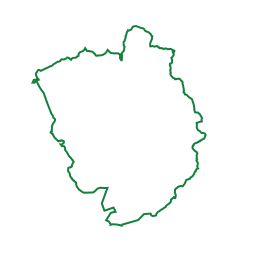 Asikuma-odoben-brakwa, Central, Ghana (Albers equal-area conic projection), rotated 247°
{"feature_id": "2480657B2595733520620", "entity_name": "Asikuma-odoben-brakwa", "entity_type": "district", "adm_level": 2, "iso_a3": "GHA", "parent_name": "Ghana", "parent_adm1": "Central", "projection": "albers", "projection_center": [-1.016, 5.627], "detail": "fine", "context": "isolated", "style": "outline", "palette": "green", "viewbox_px": 256, "rotation_deg": 247, "n_neighbors": 0, "source": "geoboundaries", "source_scale": "gbopen_adm2", "svg_char_len": 5795}
<svg xmlns="http://www.w3.org/2000/svg" viewBox="0 0 256 256"><g transform="rotate(247 128 128)"><path d="M203.1,186.2L203.4,185.9L204.1,185.6L205.9,185.5L206.3,185.1L207.7,184.6L208.7,183.7L209.5,182.8L210.9,181.7L211.4,181.6L212.6,181.5L213.4,181.2L214.1,180.5L215.5,178.5L217.1,177.0L218.5,175.4L218.9,174.5L219.4,172.4L219.2,171.8L217.8,169.9L217.4,169.5L217.4,168.4L217.3,167.0L217.4,165.8L217.6,165.8L216.5,164.3L213.9,162.3L213.3,161.5L213.1,161.6L211.9,161.0L209.5,158.8L209.0,157.7L208.1,157.1L206.6,156.7L205.6,156.3L203.9,156.6L203.1,155.7L201.4,154.9L200.7,154.3L199.8,152.4L199.1,151.3L197.1,150.8L192.8,148.7L192.9,148.3L195.1,147.9L196.0,148.1L196.8,148.6L198.6,149.2L198.9,149.5L199.9,148.4L200.5,148.1L200.9,147.5L201.1,146.9L201.5,146.1L201.7,145.1L202.6,143.6L203.6,141.7L204.4,141.1L207.8,139.8L206.0,137.2L205.6,136.2L205.2,133.8L205.4,131.7L206.7,128.1L206.6,127.6L207.3,126.7L209.3,126.4L210.6,125.6L211.8,125.3L212.2,125.0L213.1,123.4L214.1,122.3L214.7,120.6L214.9,120.4L218.2,119.8L217.0,118.4L217.1,118.1L217.0,117.6L216.4,116.6L216.5,113.1L216.0,112.2L215.6,111.6L213.7,110.6L213.8,109.2L213.1,108.3L213.2,107.3L214.0,104.7L213.7,102.8L213.1,102.2L214.0,101.6L214.9,101.4L216.0,100.6L216.3,100.2L216.6,99.6L216.2,98.5L216.1,95.8L217.2,93.5L217.0,92.9L216.1,91.6L216.0,90.8L216.2,89.8L216.5,89.3L215.7,84.0L215.2,83.0L215.0,82.1L215.0,81.1L215.2,80.8L215.0,77.8L214.7,70.0L215.8,69.3L216.4,68.4L216.2,67.5L215.1,66.1L214.7,65.2L214.3,64.7L213.6,64.3L211.7,63.9L210.5,64.1L209.6,63.8L208.3,64.6L207.3,64.7L207.5,63.6L208.0,62.5L208.3,62.2L208.8,61.3L209.1,60.1L208.6,59.7L207.1,57.9L206.3,59.6L206.3,60.0L206.9,61.2L207.0,61.9L206.4,62.2L199.9,62.6L196.6,63.2L193.0,64.1L182.3,63.4L171.8,63.1L171.1,63.1L168.5,63.6L166.8,63.3L165.2,64.1L164.5,64.2L164.0,64.1L162.6,62.9L161.3,60.5L160.3,59.7L159.5,58.7L155.8,57.1L155.5,56.8L154.5,56.5L154.4,55.9L154.6,55.5L154.1,55.1L153.4,55.6L153.0,55.4L152.9,55.4L152.7,55.7L152.4,55.8L152.1,56.3L151.7,56.5L150.4,56.3L149.0,56.6L148.4,56.5L146.1,57.4L144.9,58.0L143.2,58.5L142.8,59.0L143.0,59.9L142.4,60.8L142.8,61.5L142.8,61.8L141.8,63.0L141.1,63.4L140.9,63.7L139.8,63.4L139.4,63.0L138.7,60.6L139.2,59.6L137.3,60.1L136.2,62.0L135.0,62.3L133.7,62.1L132.7,61.6L132.2,61.5L130.0,62.2L124.8,62.8L122.7,63.8L120.6,64.1L120.5,64.3L120.0,64.6L119.6,64.7L118.8,64.5L118.0,64.7L116.7,62.9L115.2,61.4L114.7,61.4L114.3,60.7L114.4,60.1L114.2,59.4L114.6,58.8L114.6,58.3L114.5,57.4L112.4,56.2L110.8,56.1L109.8,56.5L109.3,56.5L107.7,56.4L106.8,56.0L104.5,56.2L103.2,56.9L102.6,56.6L102.3,56.7L101.6,57.1L101.1,57.2L100.7,57.8L99.8,57.8L99.1,58.4L97.9,58.9L97.3,58.7L96.8,58.3L93.8,58.0L90.3,58.9L85.8,61.8L82.9,69.1L82.3,71.0L83.0,73.6L83.6,74.8L84.0,76.0L84.1,76.6L84.0,78.0L83.8,79.2L81.5,83.9L80.9,85.7L68.8,74.4L61.1,74.0L60.4,83.6L55.7,83.8L56.3,81.2L56.6,78.9L51.6,71.8L49.5,73.8L46.3,74.5L45.7,74.1L45.5,76.0L44.1,78.9L43.0,80.9L42.6,81.2L42.0,82.5L41.2,83.1L40.5,84.0L41.0,85.2L41.3,85.2L39.3,101.3L42.5,109.2L40.4,115.3L39.9,115.4L38.5,115.3L38.2,115.5L37.3,116.4L37.1,116.7L37.0,117.9L36.6,119.1L36.6,119.8L37.7,120.4L38.4,121.6L38.9,122.3L39.4,125.1L39.7,125.9L40.1,129.2L40.5,130.1L40.5,131.6L40.6,131.9L41.4,132.7L41.7,133.4L42.0,134.5L42.2,135.9L42.6,136.8L42.7,137.5L43.6,138.8L45.2,139.6L45.5,140.0L45.5,140.7L46.5,143.2L46.2,143.4L45.6,143.2L45.4,143.3L45.0,144.0L45.6,144.7L46.5,145.0L47.5,145.8L50.5,145.9L51.8,146.7L52.4,146.9L52.9,147.2L53.6,148.6L53.7,149.9L54.1,150.5L54.2,151.1L54.1,151.7L54.3,152.7L54.0,153.7L54.0,154.2L53.6,154.5L53.5,154.9L53.2,155.2L53.1,155.4L53.3,156.2L54.8,158.8L56.4,160.2L56.7,160.7L57.4,161.3L57.4,162.5L57.2,163.2L57.3,164.5L57.0,164.9L57.1,165.2L57.5,165.8L58.0,166.2L58.2,167.8L58.5,168.8L59.1,169.6L59.3,170.1L59.7,170.6L60.2,171.0L60.4,171.4L61.4,172.2L61.7,173.4L62.4,173.6L62.5,174.0L62.8,174.2L63.2,175.0L63.4,175.2L63.4,176.6L63.9,176.4L65.7,176.8L66.6,177.4L67.1,177.9L68.4,178.6L70.1,178.5L70.7,178.3L71.4,178.3L72.2,179.4L73.2,179.2L74.2,180.0L75.8,180.3L77.2,181.6L78.4,182.1L81.4,180.3L84.2,179.5L86.2,180.5L86.2,181.4L87.1,181.8L87.2,182.3L87.6,182.8L87.7,183.6L87.5,184.6L87.5,185.5L87.7,185.8L87.7,186.3L87.8,187.0L87.9,187.8L87.7,187.8L87.8,188.1L87.7,189.2L87.8,189.5L88.3,189.8L88.2,191.1L88.5,192.1L88.5,194.1L91.4,196.8L92.6,196.6L93.4,196.1L93.9,195.5L94.7,193.9L95.1,193.5L96.9,193.0L98.8,191.6L99.2,191.5L101.9,191.6L103.4,192.4L105.8,193.1L105.9,193.4L105.6,194.7L105.7,196.1L105.2,198.5L105.7,198.5L107.1,199.0L108.2,200.0L108.5,200.1L109.1,199.9L110.2,199.9L110.8,199.7L112.5,199.5L113.5,199.0L114.9,198.5L115.8,196.4L116.2,196.0L116.6,195.9L119.2,196.2L119.7,196.6L123.7,197.6L125.9,197.9L126.4,197.9L128.6,198.1L130.0,198.0L130.9,197.1L131.7,196.8L132.2,196.3L135.3,195.1L135.7,194.8L136.0,194.3L136.8,193.5L137.7,193.5L138.3,193.7L139.1,193.1L140.9,194.3L141.8,194.4L145.8,195.4L147.4,195.5L147.9,195.6L148.6,196.1L149.7,196.1L151.0,195.3L152.4,195.1L153.3,194.5L154.0,192.5L154.1,191.3L154.6,191.0L154.6,190.3L155.4,190.2L156.9,188.9L159.0,188.2L160.2,188.0L161.4,188.2L162.0,188.9L162.5,188.8L163.5,189.3L164.5,189.3L164.8,189.4L165.1,190.0L168.2,191.2L169.5,191.0L170.2,191.7L170.8,191.9L170.6,193.0L171.1,194.2L171.7,194.5L172.7,194.7L173.3,195.2L175.5,195.3L177.0,198.3L177.7,198.6L178.0,198.9L179.1,199.2L179.7,198.8L180.5,198.8L180.7,199.6L180.4,200.5L181.0,200.9L181.6,200.4L182.3,199.3L183.1,199.1L184.2,198.1L184.7,196.7L184.6,196.3L184.8,195.6L186.6,193.8L186.6,193.0L186.7,191.9L187.6,191.2L187.9,190.5L188.1,190.5L188.3,189.9L188.8,189.5L188.9,188.8L189.0,188.8L189.3,188.1L189.5,188.0L189.9,188.2L190.2,188.1L191.1,187.1L191.9,186.9L192.2,186.7L192.3,185.6L192.5,185.1L192.6,184.0L193.9,182.7L194.3,180.5L194.5,180.4L194.8,180.6L196.1,180.9L197.2,181.5L199.6,183.7L200.2,184.5L203.1,186.2Z" fill="none" stroke="#15803d" stroke-width="2"/></g></svg>